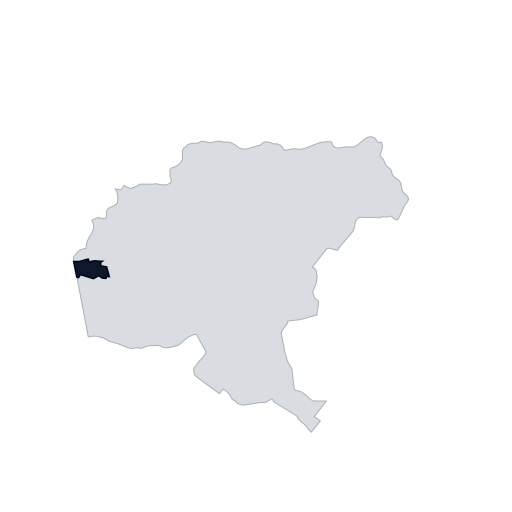 location of Budi, Eastern Equatoria, South Sudan, rotated 128°
{"feature_id": "79223893B70583427213056", "entity_name": "Budi", "entity_type": "district", "adm_level": 2, "iso_a3": "SSD", "parent_name": "South Sudan", "parent_adm1": "Eastern Equatoria", "projection": "natural_earth1", "projection_center": [33.404, 4.372], "detail": "fine", "context": "in_parent", "style": "filled", "palette": "ink", "viewbox_px": 512, "rotation_deg": 128, "n_neighbors": 0, "source": "geoboundaries", "source_scale": "gbopen_adm2", "svg_char_len": 4074}
<svg xmlns="http://www.w3.org/2000/svg" viewBox="0 0 512 512"><g transform="rotate(128 256 256)"><path d="M384.1,382.8L371.8,397.1L370.9,397.9L369.4,399.0L364.5,399.1L359.3,398.4L354.6,394.7L349.8,397.5L346.8,398.4L345.0,398.8L340.7,399.2L334.7,400.7L332.0,402.7L330.5,404.2L329.3,406.9L328.7,407.2L327.6,406.9L326.1,405.8L322.9,404.2L321.2,400.6L319.8,398.5L318.5,397.4L313.4,400.9L311.0,401.7L309.0,401.6L305.3,399.6L301.2,398.0L299.1,398.0L296.0,400.1L292.4,403.3L290.5,406.4L289.7,408.2L288.4,405.4L287.2,403.6L285.5,402.9L282.1,403.6L281.3,402.6L281.1,400.2L280.6,397.9L279.7,396.2L277.1,394.5L270.3,391.1L265.1,384.3L262.5,381.1L260.5,379.1L257.8,373.7L254.7,370.1L251.0,368.3L248.5,369.2L245.9,373.1L241.1,376.8L238.9,377.0L236.1,375.0L232.5,373.5L226.1,372.9L223.5,374.7L220.1,377.5L217.1,379.2L215.3,379.4L213.6,378.7L211.7,378.4L210.0,378.3L206.6,375.7L204.9,373.8L203.7,372.0L201.8,370.7L199.5,369.7L197.9,368.0L197.1,366.0L195.8,363.4L194.2,361.0L189.0,356.8L187.4,354.3L186.4,351.9L184.2,349.2L182.0,345.6L181.3,340.3L181.2,336.1L180.7,334.1L179.7,332.1L178.6,330.5L176.8,328.6L172.6,325.9L168.2,322.7L166.1,320.9L162.1,320.2L159.7,318.4L157.7,314.4L156.9,311.2L154.9,308.8L154.1,307.0L153.6,304.9L155.2,298.7L152.9,296.4L149.5,293.6L147.0,290.4L145.5,287.5L141.1,283.7L131.4,278.0L125.8,274.3L122.8,271.0L120.1,267.8L119.9,266.5L121.6,263.3L121.9,260.7L120.5,257.8L114.7,252.3L110.1,246.3L106.7,244.4L98.2,242.7L95.8,242.1L93.3,240.9L90.8,238.2L90.0,235.0L91.3,229.9L90.5,228.3L89.1,227.9L89.5,226.8L91.1,224.3L93.7,222.7L100.7,220.2L101.0,219.2L101.2,216.0L101.8,214.4L104.2,210.0L104.6,208.2L104.7,204.4L105.0,202.6L105.7,201.4L107.6,199.2L108.3,197.8L108.6,194.9L108.5,189.2L109.4,186.9L113.9,181.7L115.0,179.4L115.5,177.3L115.4,175.2L115.7,173.1L117.0,171.1L118.1,170.5L121.4,169.8L123.6,170.2L139.0,166.7L140.8,167.1L141.6,169.3L141.5,172.6L141.7,174.3L142.5,175.4L145.0,177.0L146.6,179.7L147.5,180.7L150.0,182.5L161.4,197.9L164.6,199.3L167.7,198.8L173.9,195.6L177.1,194.8L198.8,195.7L201.2,195.2L201.4,195.3L204.7,203.0L206.2,204.7L230.1,204.8L229.7,202.6L230.0,200.2L234.2,195.5L234.8,194.9L238.5,192.7L242.1,191.2L249.0,189.4L251.5,186.6L252.9,184.1L253.0,179.1L253.9,178.2L255.6,177.1L263.6,172.6L264.9,171.7L279.1,182.1L287.0,190.3L287.5,190.7L287.9,190.9L288.3,190.6L288.6,190.2L289.6,189.8L293.0,189.7L299.4,189.3L301.5,188.3L314.4,173.6L317.7,168.9L318.6,168.0L320.4,164.6L322.4,158.9L322.8,158.2L336.9,144.4L337.4,143.3L337.6,142.5L335.4,137.8L335.0,135.5L334.9,131.8L335.3,126.2L335.2,122.6L335.0,121.7L334.9,121.5L327.0,111.3L346.9,111.2L346.9,109.9L346.9,109.5L346.5,108.3L346.3,106.7L346.3,105.8L346.4,104.9L346.4,104.5L346.4,104.1L346.4,103.9L346.5,103.8L360.7,104.0L360.6,106.8L358.8,113.6L358.9,117.6L358.4,122.2L357.9,123.6L357.2,124.7L357.0,125.3L357.0,125.8L359.9,151.7L359.7,152.7L358.9,154.4L358.7,154.9L358.7,155.3L359.0,155.6L365.6,158.4L365.9,158.6L366.1,158.8L368.5,162.1L381.5,174.4L381.9,175.0L383.3,178.9L383.4,179.4L383.5,180.4L383.5,181.1L383.1,183.4L383.2,184.4L383.5,185.1L383.6,185.9L383.6,186.2L383.5,186.7L381.6,191.2L381.0,194.3L380.8,197.0L380.9,198.6L381.1,199.5L381.3,199.9L381.5,200.1L387.1,200.1L387.1,201.5L387.8,224.9L387.8,227.5L387.6,230.8L386.9,232.1L385.3,233.9L383.4,235.6L378.3,236.0L374.1,236.0L371.1,235.6L367.0,235.5L363.2,235.8L361.8,237.3L356.7,249.7L355.1,252.8L354.7,254.6L355.2,255.7L357.2,257.2L361.5,259.4L366.5,260.7L370.2,261.3L372.8,261.9L374.7,262.6L381.8,268.2L384.1,270.8L385.4,273.1L385.7,275.6L386.7,278.1L393.2,285.8L399.3,289.5L401.7,293.6L404.0,295.6L406.1,297.8L407.3,301.0L410.0,310.3L411.8,315.2L413.6,319.2L414.4,325.7L415.8,328.6L417.3,332.2L419.8,335.4L422.5,337.8L422.9,338.5L396.2,368.9L384.1,382.8Z" fill="#d9dde1" stroke="#a8b0b8" stroke-width="1"/><path d="M372.6,396.3L374.6,394.0L383.0,384.2L382.3,382.5L378.8,382.9L373.9,370.1L368.4,367.8L368.0,363.2L365.9,360.4L364.2,361.2L362.6,358.8L356.5,367.0L359.3,372.3L356.8,374.4L354.7,373.8L356.3,376.0L359.4,380.6L363.2,383.8L361.7,386.4L368.9,391.7L372.6,396.3Z" fill="#0f172a" stroke="#020617" stroke-width="1.5"/></g></svg>